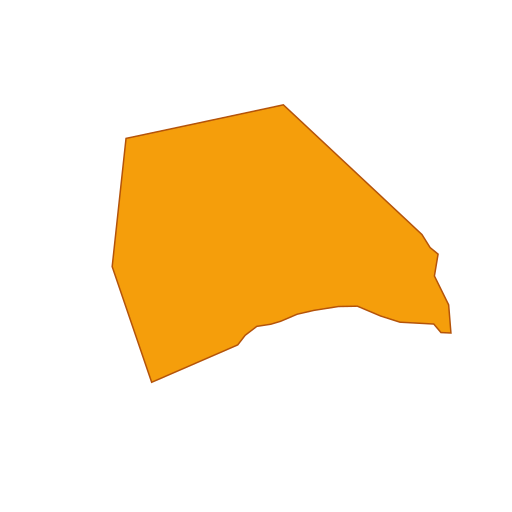 the district of Cenac, Soufrière, Saint Lucia, rotated 238°
{"feature_id": "8701671B19367701502123", "entity_name": "Cenac", "entity_type": "district", "adm_level": 2, "iso_a3": "LCA", "parent_name": "Saint Lucia", "parent_adm1": "Soufrière", "projection": "natural_earth1", "projection_center": [-61.044, 13.872], "detail": "fine", "context": "isolated", "style": "filled", "palette": "amber", "viewbox_px": 512, "rotation_deg": 238, "n_neighbors": 0, "source": "geoboundaries", "source_scale": "gbopen_adm2", "svg_char_len": 492}
<svg xmlns="http://www.w3.org/2000/svg" viewBox="0 0 512 512"><g transform="rotate(238 256 256)"><path d="M204.2,100.6L190.3,193.4L194.5,204.8L195.9,219.4L190.3,232.4L187.6,242.2L184.8,260.1L179.2,276.3L169.5,299.1L159.7,315.4L138.9,330.0L123.6,343.0L104.1,370.7L93.0,372.3L92.3,373.4L87.4,380.5L112.5,393.5L144.5,396.7L161.1,411.4L170.9,408.1L186.2,408.1L196.8,405.3L369.7,359.3L394.1,292.0L424.6,208.1L323.2,128.4L204.2,100.6Z" fill="#f59e0b" stroke="#b45309" stroke-width="1.5"/></g></svg>